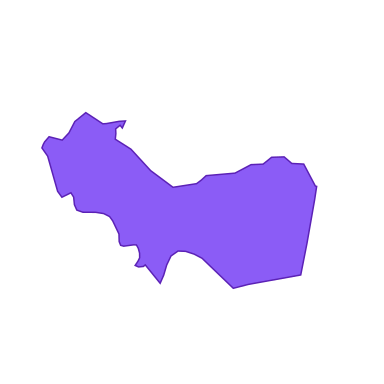 the border of Swansea, rotated 51°
{"feature_id": "GBR-2119", "entity_name": "Swansea", "entity_type": "Unitary Authority (wales)", "adm_level": 1, "iso_a3": "GBR", "parent_name": "United Kingdom", "parent_adm1": "", "projection": "albers", "projection_center": [-4.095, 51.653], "detail": "fine", "context": "isolated", "style": "filled", "palette": "violet", "viewbox_px": 384, "rotation_deg": 51, "n_neighbors": 0, "source": "natural_earth", "source_scale": "10m", "svg_char_len": 1024}
<svg xmlns="http://www.w3.org/2000/svg" viewBox="0 0 384 384"><g transform="rotate(51 192 192)"><path d="M292.8,220.5L249.8,225.9L241.7,229.4L234.1,234.3L229.1,240.0L228.5,248.6L232.8,257.6L238.8,266.3L242.9,274.2L219.2,274.2L219.3,276.6L216.6,280.7L213.3,282.4L211.8,277.6L210.2,274.1L206.5,271.2L202.0,269.2L198.2,268.5L196.4,270.5L191.1,279.2L188.5,281.0L184.7,279.8L178.7,275.2L164.6,271.8L159.2,271.5L153.2,274.2L147.1,279.7L139.1,289.5L133.6,292.9L127.9,291.4L121.5,287.2L116.4,286.6L114.2,296.4L106.9,296.0L73.3,281.6L63.3,280.9L61.4,277.6L60.3,275.0L59.1,268.3L70.0,260.2L68.6,250.4L63.5,238.7L63.5,224.6L82.9,218.4L85.0,215.4L91.2,204.2L94.9,199.0L98.4,205.9L94.9,205.9L94.9,211.6L98.8,214.5L102.7,218.4L120.3,212.5L149.3,210.7L176.4,203.8L188.4,183.2L188.6,177.2L188.3,172.2L188.2,170.7L204.4,146.7L207.9,128.9L215.1,119.2L215.1,108.3L222.7,98.3L232.6,96.5L240.6,87.6L265.0,92.4L266.1,91.6L275.4,101.8L304.2,134.9L324.9,159.7L299.3,206.3L292.8,220.5Z" fill="#8b5cf6" stroke="#5b21b6" stroke-width="1.5"/></g></svg>